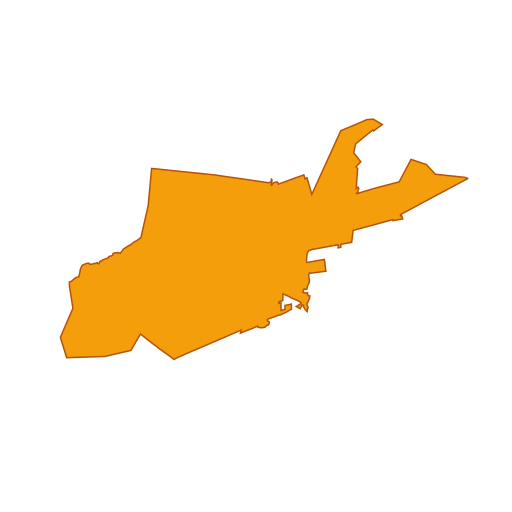 the district of Vicente Guerrero, Durango, Mexico, rotated 206°
{"feature_id": "50627088B72339914666987", "entity_name": "Vicente Guerrero", "entity_type": "district", "adm_level": 2, "iso_a3": "MEX", "parent_name": "Mexico", "parent_adm1": "Durango", "projection": "equal_earth", "projection_center": [-103.968, 23.727], "detail": "fine", "context": "isolated", "style": "filled", "palette": "amber", "viewbox_px": 512, "rotation_deg": 206, "n_neighbors": 0, "source": "geoboundaries", "source_scale": "gbopen_adm2", "svg_char_len": 5050}
<svg xmlns="http://www.w3.org/2000/svg" viewBox="0 0 512 512"><g transform="rotate(206 256 256)"><path d="M388.2,288.9L375.1,254.3L367.5,222.2L369.4,218.5L372.3,214.1L372.4,213.8L373.9,210.6L374.0,210.5L374.4,210.2L374.5,210.2L374.9,209.5L375.1,209.3L375.7,208.2L378.3,204.0L378.3,203.8L378.3,203.7L378.5,202.1L378.6,201.9L379.2,199.1L379.2,198.8L380.1,198.8L381.2,198.7L381.8,198.6L382.2,197.7L383.7,197.4L384.4,196.8L385.2,196.1L385.6,195.5L385.5,194.8L385.1,194.2L385.5,193.4L386.2,192.5L387.4,191.7L388.0,190.9L388.0,190.1L388.4,189.2L389.4,188.0L391.3,186.1L392.1,185.3L392.5,183.7L393.6,183.3L393.9,182.3L393.8,181.0L393.9,180.1L394.4,179.8L394.8,179.9L395.7,180.5L395.9,180.4L397.2,178.7L397.7,178.7L398.4,178.2L399.3,177.1L400.4,176.5L401.7,175.6L402.4,176.2L403.3,176.2L405.0,175.1L406.0,174.0L406.8,173.1L408.2,171.3L408.2,169.1L407.9,166.3L407.3,164.7L406.8,162.6L406.5,160.9L406.3,159.7L407.3,158.6L408.5,157.7L409.7,155.0L411.0,152.0L412.3,150.8L412.2,150.7L412.0,150.1L410.3,146.9L397.6,128.7L397.4,123.9L397.0,114.3L396.8,110.4L396.2,97.2L381.6,81.6L347.7,99.5L339.4,106.3L327.0,116.3L326.5,123.4L326.1,129.6L325.8,133.2L325.7,135.1L321.8,134.4L318.3,133.6L315.4,133.0L313.5,132.6L309.9,131.8L309.3,131.7L308.8,131.6L307.6,131.4L305.5,131.1L304.2,130.7L303.1,130.5L302.2,130.3L301.9,130.2L301.1,130.1L300.4,130.0L299.8,129.9L298.2,129.6L297.9,129.6L297.6,129.5L296.5,129.3L294.5,129.1L293.5,128.9L292.4,128.6L292.2,128.6L290.5,128.3L289.9,128.2L289.6,128.1L289.4,128.1L286.5,127.5L286.3,127.5L284.3,127.1L283.0,129.0L282.4,129.9L281.9,130.6L280.4,132.3L280.1,132.6L278.9,133.9L278.1,134.9L277.4,135.8L276.1,137.4L274.9,138.8L274.4,139.3L273.2,140.7L271.9,142.3L271.5,142.8L271.2,143.1L270.3,144.0L269.2,145.2L268.7,145.9L268.6,146.0L267.2,147.6L266.7,148.2L265.9,149.1L264.6,150.6L263.0,152.5L261.6,154.1L261.3,154.4L261.2,154.5L260.4,155.6L258.8,157.4L258.5,157.8L256.8,159.7L256.1,160.5L255.4,161.3L253.9,163.0L253.4,163.7L252.4,164.8L236.9,182.9L236.2,179.8L232.4,184.1L229.8,186.9L229.5,187.3L228.9,187.9L228.0,188.8L226.7,190.2L226.1,191.1L223.9,193.6L223.0,192.7L221.6,193.2L219.5,193.9L216.7,195.9L216.0,198.1L215.6,198.6L214.9,199.0L214.8,199.4L214.6,199.7L214.6,200.1L214.6,200.3L214.6,200.5L214.6,201.2L214.6,201.4L214.8,202.1L215.2,202.5L215.6,202.8L215.9,202.9L216.0,202.9L216.6,202.7L216.8,202.6L217.1,202.6L217.4,202.8L217.5,203.0L217.6,203.4L217.8,203.6L218.0,203.9L218.0,204.1L216.2,206.0L214.2,208.0L212.1,210.2L210.3,212.2L209.9,212.6L209.6,212.9L208.5,213.5L206.0,216.6L204.9,217.8L203.4,220.0L202.9,220.7L202.6,221.1L200.8,223.8L201.5,225.1L201.9,226.0L203.2,228.3L204.8,226.9L206.4,225.7L208.3,224.3L206.5,220.7L209.6,218.0L211.3,221.4L213.0,224.8L214.6,223.4L215.4,225.0L214.4,225.8L212.4,227.7L215.2,233.8L208.9,234.0L205.7,233.8L202.5,234.0L199.5,234.2L197.1,234.1L196.2,233.9L194.9,233.6L194.8,232.7L196.1,230.7L197.0,229.1L197.7,228.3L195.7,228.1L194.0,228.0L193.2,228.0L193.0,232.5L191.5,232.4L191.1,231.2L188.0,229.3L185.7,228.4L186.1,230.0L186.4,231.1L186.7,232.8L189.2,234.9L189.2,236.6L189.1,237.8L189.4,241.8L190.2,243.8L191.2,243.2L192.9,244.2L193.5,245.5L195.6,244.3L198.0,243.9L198.5,247.3L197.8,247.6L197.6,247.5L196.8,247.9L196.5,248.1L195.7,248.7L196.7,251.8L196.5,253.0L196.6,256.2L197.2,257.1L198.2,258.9L198.8,259.6L199.4,260.6L200.1,261.6L200.5,262.1L200.5,262.5L200.4,262.9L200.4,263.6L200.5,264.2L198.9,264.8L186.5,273.0L188.5,276.0L191.5,280.6L193.1,282.9L207.5,272.4L208.2,273.1L210.3,278.1L211.0,280.1L211.1,283.5L210.0,284.8L209.0,286.0L192.3,298.3L187.1,302.1L185.8,299.3L183.6,301.0L184.9,303.7L176.0,310.2L179.9,321.6L179.5,322.0L177.1,324.0L158.5,340.3L149.1,348.6L148.4,347.8L140.4,353.7L142.8,356.1L143.7,355.5L144.3,356.6L117.2,394.2L99.7,418.3L99.8,418.6L102.9,418.2L130.7,408.1L143.0,412.9L159.0,410.8L159.4,397.5L159.8,385.4L177.1,370.6L179.0,368.9L183.7,364.6L191.7,357.2L191.7,356.8L192.0,356.5L193.1,356.3L193.2,356.5L192.5,357.3L193.3,361.9L194.5,362.6L194.6,362.3L195.0,361.3L195.5,360.5L203.0,379.2L205.2,379.9L203.1,386.6L213.4,391.6L215.6,400.4L206.4,420.4L205.2,419.9L200.1,429.5L210.6,430.4L216.1,427.2L222.3,420.0L231.1,409.9L233.2,407.6L233.7,407.0L234.7,405.8L233.1,345.7L232.9,337.2L232.9,335.9L233.8,336.9L239.1,342.8L240.9,344.8L242.7,346.7L244.5,348.7L245.8,346.8L247.6,348.8L248.6,349.9L249.2,349.2L253.1,345.2L260.6,337.5L262.6,335.3L267.4,330.4L267.9,331.1L268.4,331.4L268.9,331.6L269.5,331.9L271.5,330.3L271.9,330.0L272.1,329.6L272.4,329.1L272.6,328.4L272.8,327.7L272.8,327.4L272.8,327.0L272.8,326.9L272.8,326.5L273.0,326.4L273.2,326.2L273.4,326.2L273.6,326.4L273.7,326.7L273.7,326.8L273.7,327.1L273.8,327.3L273.9,327.8L274.0,328.0L274.0,328.3L274.0,328.5L274.1,328.8L274.2,329.0L274.3,329.4L274.3,329.7L274.4,330.0L274.5,330.4L274.6,330.5L274.8,330.7L274.9,331.0L275.0,331.3L276.2,332.4L275.5,331.1L275.1,329.6L275.1,328.9L275.6,328.7L275.8,328.2L277.6,327.0L278.7,326.8L280.5,326.2L280.8,326.1L286.1,324.4L295.9,321.3L297.4,320.8L313.8,315.5L328.6,310.8L369.7,295.7L381.6,291.4L388.2,288.9Z" fill="#f59e0b" stroke="#b45309" stroke-width="1.5"/></g></svg>